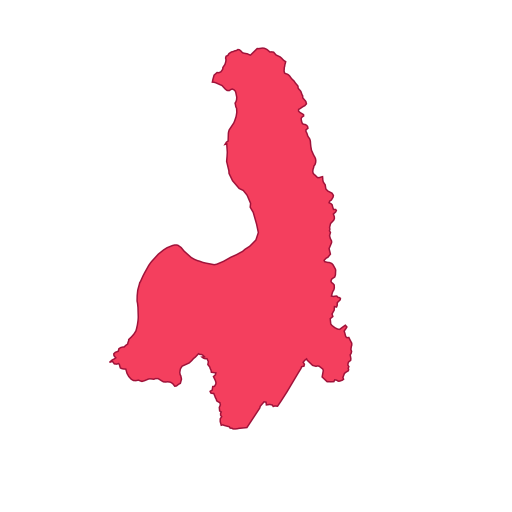 outline of Araguatins, Tocantins, Brazil, rotated 37°
{"feature_id": "56859067B78666971214463", "entity_name": "Araguatins", "entity_type": "district", "adm_level": 2, "iso_a3": "BRA", "parent_name": "Brazil", "parent_adm1": "Tocantins", "projection": "robinson", "projection_center": [-48.121, -5.645], "detail": "fine", "context": "isolated", "style": "filled", "palette": "rose", "viewbox_px": 512, "rotation_deg": 37, "n_neighbors": 0, "source": "geoboundaries", "source_scale": "gbopen_adm2", "svg_char_len": 6124}
<svg xmlns="http://www.w3.org/2000/svg" viewBox="0 0 512 512"><g transform="rotate(37 256 256)"><path d="M229.6,286.2L227.9,288.1L221.6,291.2L220.4,291.8L218.4,292.7L217.2,293.2L214.1,294.1L212.1,294.9L209.5,295.6L207.8,295.9L205.0,296.2L195.6,295.4L191.1,294.3L187.4,294.4L186.1,294.9L184.4,296.2L183.0,297.9L180.0,302.9L178.6,306.6L176.9,313.2L176.0,322.5L175.9,324.5L176.0,327.9L177.2,336.6L177.8,340.1L179.1,345.8L179.2,347.3L179.8,348.6L181.6,353.2L182.2,354.6L185.0,359.2L188.1,363.5L190.0,365.2L192.7,368.1L198.7,375.6L199.8,377.2L200.9,379.0L202.9,382.7L203.6,384.3L204.2,385.6L205.2,388.1L205.5,391.9L205.2,395.7L204.6,399.3L205.4,400.5L205.7,401.9L206.5,403.5L205.7,406.0L205.5,407.9L204.3,409.0L203.1,410.5L202.3,412.5L203.3,415.0L201.6,417.6L201.3,419.7L202.6,421.1L205.3,421.7L204.7,423.6L203.7,425.6L203.0,429.1L204.0,427.6L205.0,426.6L207.8,427.4L209.9,426.1L210.8,424.7L212.1,424.8L213.5,425.9L215.0,427.0L216.2,426.8L217.9,426.1L220.1,424.7L223.7,427.4L226.9,428.8L230.5,429.5L233.0,429.2L235.0,427.9L236.8,425.9L239.0,425.3L240.4,424.8L242.1,422.5L244.2,418.9L245.2,417.9L246.8,416.9L248.6,415.9L249.3,414.6L251.6,412.8L256.5,412.4L257.8,412.2L259.7,411.0L261.0,409.7L263.3,408.4L264.6,408.1L266.6,408.1L269.5,408.9L270.7,407.6L271.3,405.2L272.2,403.2L270.6,399.2L268.1,397.0L266.8,396.4L265.2,394.9L264.1,392.8L263.5,391.4L263.3,388.4L267.0,381.6L267.6,378.2L267.8,375.5L268.4,373.2L268.9,368.6L270.3,368.4L271.8,367.4L273.4,367.2L275.3,367.5L273.7,369.2L275.4,369.2L277.1,368.7L278.6,367.5L281.5,369.0L282.9,371.7L285.9,372.5L287.1,373.4L289.0,374.4L290.3,375.7L292.3,374.6L294.3,373.5L295.1,375.3L294.6,377.9L298.8,380.1L300.4,381.4L301.0,382.6L301.3,385.1L300.0,386.3L301.7,389.4L300.8,391.7L302.3,392.6L303.7,392.1L304.9,391.2L307.4,392.6L308.7,393.5L310.3,394.2L311.8,395.3L313.5,395.2L315.5,394.9L317.2,396.4L317.8,399.0L320.2,401.6L322.1,401.5L322.4,402.9L323.5,404.4L325.3,405.0L325.4,407.5L327.0,409.7L330.1,412.1L331.1,410.8L332.4,410.5L337.6,408.4L338.9,409.0L340.5,408.0L341.8,407.9L343.5,406.6L345.2,405.0L346.0,404.0L352.0,398.5L350.5,375.2L349.8,373.4L350.2,367.6L352.0,366.7L353.9,368.7L356.4,366.2L358.7,365.2L360.3,365.8L361.3,364.4L363.6,363.0L363.3,356.8L362.5,346.0L360.1,324.1L359.6,318.8L359.1,316.9L360.6,315.1L359.8,313.3L357.6,312.5L357.7,309.9L358.3,307.7L359.6,308.4L367.0,309.3L370.3,308.0L371.3,306.7L372.8,306.0L377.4,306.1L378.7,307.0L381.6,312.8L388.4,313.6L391.6,311.3L393.8,309.5L393.4,307.5L395.3,306.6L397.0,306.5L398.1,305.6L399.7,303.2L400.1,301.7L398.5,300.7L397.3,296.6L397.8,294.6L398.8,292.1L398.2,290.8L397.1,290.1L396.8,288.5L395.0,287.8L394.2,286.5L393.7,285.0L394.4,282.4L393.6,281.0L392.4,279.8L390.7,278.3L390.6,276.6L389.8,274.7L388.0,273.5L386.6,270.9L386.1,269.5L384.9,268.0L381.3,266.3L379.2,265.2L377.8,266.5L376.2,266.4L373.4,264.2L371.6,262.9L371.5,259.8L371.3,258.0L369.0,257.5L367.9,260.9L367.0,264.2L365.4,265.2L362.4,265.8L360.3,265.8L358.5,265.8L356.6,265.3L353.0,261.4L353.8,258.1L351.6,256.5L351.0,252.2L349.1,249.2L351.0,248.3L350.6,246.7L349.0,244.3L349.6,240.3L348.9,239.0L347.5,239.1L346.5,239.7L344.6,239.4L343.2,240.6L342.5,241.5L340.4,242.6L339.4,240.3L338.7,238.2L338.5,236.1L337.7,234.3L335.9,232.1L334.1,231.7L332.4,231.7L331.2,231.2L330.6,230.0L330.4,228.5L331.5,225.4L330.8,223.3L328.1,219.3L327.1,218.6L322.8,216.7L321.0,216.4L319.8,216.7L318.4,217.1L317.1,218.0L314.2,219.2L313.0,218.5L313.3,215.6L314.2,213.7L314.3,209.7L309.9,206.1L308.3,199.8L307.4,198.6L304.8,197.3L302.6,195.6L302.0,194.3L301.3,192.4L299.5,191.7L298.9,190.2L297.5,188.8L296.0,185.2L296.5,180.7L296.1,179.0L295.0,177.6L292.5,175.9L293.1,173.0L292.8,171.3L291.6,170.9L289.9,172.2L287.7,170.7L286.0,169.3L284.4,169.1L282.3,169.5L281.8,167.8L282.5,165.9L282.1,162.5L281.3,161.0L278.9,160.1L274.2,160.9L271.4,160.4L268.4,157.5L266.8,157.0L265.0,156.3L263.5,155.0L262.6,153.9L261.4,152.6L260.3,154.0L259.3,155.4L258.1,156.3L256.5,156.2L255.0,155.9L253.4,155.9L251.8,155.5L250.5,154.4L249.4,152.5L248.8,150.7L248.1,149.4L248.1,147.5L247.4,145.5L246.4,143.9L245.1,142.6L243.6,141.7L241.9,141.0L240.3,140.2L238.4,139.1L236.7,138.2L233.8,135.5L232.8,134.4L231.7,133.2L230.7,132.0L229.5,130.9L228.0,130.0L226.3,129.5L224.9,128.9L223.5,127.8L222.1,127.0L220.8,126.4L220.0,125.1L220.6,122.7L219.2,121.5L217.9,121.2L216.4,121.3L214.6,122.2L213.3,122.3L211.7,121.3L210.1,119.9L209.2,118.8L209.2,117.1L209.8,115.5L208.9,114.5L207.5,114.6L205.8,114.8L204.3,114.9L202.8,114.7L201.8,113.3L202.6,111.5L203.1,109.9L203.7,108.2L204.5,106.6L204.7,104.1L202.8,102.6L198.1,101.5L196.9,100.0L195.5,99.4L194.2,98.5L192.8,97.6L191.4,97.2L190.1,97.0L188.5,96.5L187.3,95.1L185.8,94.7L184.4,94.4L182.8,94.0L181.2,93.4L179.6,93.2L177.9,93.0L176.4,92.6L174.6,92.0L172.8,91.8L171.4,92.0L170.0,92.5L168.7,92.7L167.0,91.3L166.1,89.8L165.2,88.5L164.6,87.0L163.9,85.8L163.3,84.1L162.7,82.9L161.2,83.1L159.5,83.0L157.3,82.6L155.4,82.5L153.4,82.9L151.1,83.4L149.2,83.0L147.4,82.6L145.6,83.6L144.3,84.7L140.7,84.5L139.1,84.7L137.4,85.2L136.0,86.1L134.6,87.5L133.3,88.8L132.1,89.6L130.7,98.9L129.1,99.4L127.5,99.7L125.9,100.5L124.3,101.3L122.8,101.8L120.8,101.4L118.7,101.3L117.3,102.0L116.7,103.7L115.5,105.0L114.8,106.4L113.6,107.8L113.0,109.4L112.6,110.7L112.8,112.7L111.9,114.5L112.6,116.2L114.0,117.4L115.0,119.2L115.9,121.7L116.0,123.7L116.1,125.4L116.9,126.6L117.1,128.0L117.1,130.1L116.0,132.0L114.5,132.9L113.7,136.8L115.3,140.9L116.5,143.4L117.9,142.5L119.5,141.9L126.3,140.3L131.1,141.2L133.3,141.2L135.1,140.0L135.7,138.2L136.6,136.9L138.5,136.5L140.3,136.8L141.6,137.7L145.1,140.8L146.4,142.8L147.1,144.6L147.3,146.5L148.6,147.6L150.1,149.0L151.6,149.7L154.2,152.8L154.9,154.1L156.1,156.4L156.7,158.1L157.7,161.1L158.2,163.1L158.7,171.4L159.3,173.1L160.0,174.5L164.5,180.9L163.9,182.9L164.1,185.5L165.2,184.1L170.7,190.5L172.9,193.8L175.6,198.1L183.1,204.3L184.8,206.3L192.0,210.0L201.9,212.2L206.4,211.3L210.8,212.4L212.5,212.9L220.0,217.2L222.0,220.5L225.3,221.9L227.5,222.8L237.3,230.2L243.8,235.9L246.3,243.3L245.5,249.4L245.1,252.1L243.2,257.2L242.5,260.5L241.9,261.7L239.7,266.6L236.6,272.2L233.3,279.8L229.6,286.2Z" fill="#f43f5e" stroke="#9f1239" stroke-width="1.5"/></g></svg>